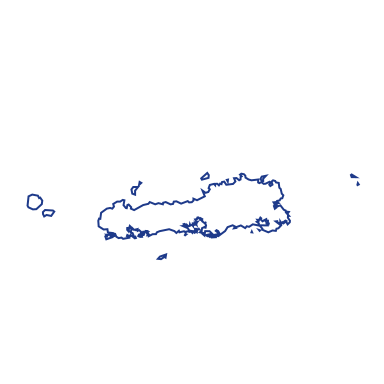 Simeulue, Aceh, Indonesia, rotated 136°
{"feature_id": "22746128B32199422560180", "entity_name": "Simeulue", "entity_type": "district", "adm_level": 2, "iso_a3": "IDN", "parent_name": "Indonesia", "parent_adm1": "Aceh", "projection": "natural_earth1", "projection_center": [96.15, 2.538], "detail": "fine", "context": "isolated", "style": "outline", "palette": "blue", "viewbox_px": 384, "rotation_deg": 136, "n_neighbors": 0, "source": "geoboundaries", "source_scale": "gbopen_adm2", "svg_char_len": 6174}
<svg xmlns="http://www.w3.org/2000/svg" viewBox="0 0 384 384"><g transform="rotate(136 192 192)"><path d="M145.7,102.3L142.7,102.3L141.5,103.3L140.9,106.9L139.6,108.1L138.8,107.4L138.6,112.3L137.5,113.6L138.3,115.5L137.7,121.0L142.2,123.0L142.3,122.2L144.0,122.4L142.8,125.0L141.9,124.9L142.3,126.0L141.1,124.7L140.5,127.9L139.2,126.9L139.5,126.0L137.0,126.5L134.8,125.1L132.7,125.7L131.4,124.8L128.6,126.2L128.6,128.4L126.1,132.6L126.2,134.4L123.3,138.3L124.9,140.5L124.5,142.1L125.6,144.1L127.6,144.2L129.0,141.4L131.5,141.9L131.3,143.6L129.3,144.1L129.2,145.5L133.4,146.9L134.8,148.1L135.2,150.9L137.4,151.6L137.8,152.9L135.7,155.0L141.1,159.1L142.6,161.7L143.5,165.2L142.3,166.7L142.3,168.7L143.8,170.9L145.4,171.1L145.4,168.8L146.5,169.1L148.4,167.3L149.9,167.7L150.3,171.1L152.2,172.7L153.5,169.4L156.9,169.3L162.3,173.4L161.6,177.1L163.5,178.3L165.3,177.2L165.9,178.5L168.0,178.1L168.1,180.3L169.7,181.8L170.6,180.9L170.6,182.6L174.3,184.7L177.4,183.2L177.3,181.6L180.3,180.7L182.8,182.0L183.5,185.7L185.8,180.0L194.1,182.6L195.6,186.2L196.9,184.8L199.2,184.8L201.3,186.5L201.4,188.4L207.9,191.2L209.7,196.1L211.8,197.7L213.9,196.6L216.0,198.0L217.9,203.0L220.2,204.3L221.5,203.4L223.9,207.3L227.0,208.7L229.4,214.1L231.6,213.8L236.1,216.5L246.2,219.2L247.5,222.5L246.3,223.3L246.3,227.0L247.5,227.5L250.2,225.7L250.7,226.4L250.4,230.1L246.4,233.0L247.3,234.4L250.4,235.0L252.5,237.1L257.0,238.1L258.3,235.7L260.9,235.4L262.0,237.4L264.8,239.2L271.8,240.2L276.6,236.4L277.3,237.4L279.4,236.4L283.0,232.1L281.6,226.4L278.7,224.0L280.6,221.3L278.3,218.5L279.1,218.0L278.4,216.7L276.6,217.5L277.7,216.1L276.4,215.2L277.5,212.4L276.8,209.8L274.4,208.2L274.1,206.2L268.9,202.7L268.4,203.7L269.4,205.5L268.4,206.0L267.6,203.6L266.2,203.7L266.8,203.1L266.0,203.1L265.3,198.4L264.3,197.9L263.8,199.2L264.9,199.6L263.3,203.7L264.2,205.4L263.4,206.4L265.0,207.6L264.9,209.8L263.6,211.1L262.8,210.5L263.8,208.7L260.3,210.8L260.2,208.3L260.9,208.7L262.0,206.6L260.0,207.3L260.0,205.0L257.3,203.4L258.3,203.1L257.6,202.5L258.1,201.8L256.5,201.3L256.3,198.5L257.7,197.9L255.9,196.0L255.1,196.2L255.9,197.3L254.7,197.4L253.7,196.1L254.0,195.7L252.5,196.3L251.5,195.2L252.6,195.0L251.5,193.8L252.4,193.8L252.5,191.0L253.5,190.2L249.6,189.0L247.2,186.7L245.3,187.4L242.5,186.3L234.3,181.1L231.8,176.1L231.7,173.4L228.4,173.2L229.0,171.7L225.0,169.3L224.7,167.1L223.8,167.6L220.9,165.7L221.5,165.1L220.1,163.8L220.1,162.3L218.7,162.8L218.4,160.8L217.7,160.8L218.4,161.6L218.2,162.3L216.7,161.4L216.5,159.7L215.7,160.3L216.5,162.2L218.1,162.5L220.7,166.1L220.2,169.0L222.2,173.9L221.1,173.1L220.4,174.7L219.5,174.2L219.2,170.7L218.5,171.4L218.5,170.0L217.2,169.2L216.0,170.1L216.4,169.1L214.8,168.4L214.9,166.9L212.7,169.6L213.6,167.1L212.4,166.5L212.7,165.4L211.5,167.3L211.5,165.6L211.1,166.3L210.7,165.4L210.6,168.0L210.2,166.7L208.7,166.8L209.5,167.8L208.8,170.1L207.4,169.1L206.3,170.0L207.0,168.5L205.7,169.8L205.2,169.5L204.8,166.4L204.0,167.1L203.6,165.9L205.2,166.0L204.2,164.6L205.0,163.9L204.6,161.0L202.6,160.3L204.3,160.8L205.0,158.3L207.8,156.4L206.5,157.9L209.9,159.0L212.0,157.4L214.3,157.5L213.6,156.3L212.5,157.0L213.4,155.3L212.5,154.7L213.5,154.1L213.3,152.0L209.7,154.7L206.6,151.6L206.5,148.1L210.4,150.4L210.0,148.8L209.2,148.9L209.0,148.5L210.4,148.6L210.4,147.8L208.5,148.4L208.7,147.3L207.9,147.7L207.7,146.3L207.3,146.6L202.3,143.5L201.5,144.6L201.9,147.5L200.9,147.5L200.3,145.7L201.2,142.4L204.6,143.3L203.8,142.0L195.3,140.9L190.8,142.0L185.9,139.8L184.6,136.0L180.1,134.0L178.8,129.1L176.4,129.3L175.1,127.3L170.7,126.5L167.4,121.7L165.7,123.0L166.1,125.5L164.6,124.9L164.3,126.6L163.2,125.3L160.6,126.1L160.5,125.0L161.7,124.7L161.6,121.9L159.3,121.4L159.3,119.7L158.3,120.5L158.8,121.3L157.5,120.9L158.4,119.8L157.3,118.6L158.7,117.2L160.7,118.4L158.7,116.0L159.5,115.5L160.1,116.4L160.8,115.4L166.6,121.2L166.9,116.6L167.7,116.2L165.1,110.0L160.8,108.4L158.7,105.8L156.7,106.9L155.1,105.9L151.2,106.1L152.2,112.7L151.0,111.8L151.8,110.7L150.0,108.2L149.0,109.3L149.5,107.0L148.1,107.3L148.0,105.9L146.0,105.6L146.4,106.5L145.6,106.1L145.1,107.5L145.3,106.1L144.5,106.2L144.3,105.5L145.8,105.4L144.9,105.0L145.7,102.3ZM315.9,287.8L308.5,287.6L305.7,289.8L305.1,293.4L306.2,293.8L305.4,296.4L308.7,301.1L312.6,302.4L319.8,296.4L320.3,294.6L318.5,290.0L315.9,287.8ZM312.6,276.5L309.9,272.6L304.7,273.6L304.9,275.3L310.2,281.1L313.2,281.1L314.5,279.6L315.3,277.1L312.6,276.5ZM176.3,194.0L170.3,190.7L168.2,192.5L167.8,195.1L175.9,195.4L176.3,194.0ZM233.8,235.9L236.1,232.3L234.8,229.6L232.0,232.5L227.3,233.1L230.8,236.4L233.8,235.9ZM286.5,217.5L281.1,215.0L281.2,216.9L279.2,218.0L280.5,217.6L281.2,218.8L280.5,219.4L281.8,219.1L283.0,220.4L282.9,219.6L283.6,219.3L283.4,220.4L285.2,220.3L286.5,217.5ZM260.9,165.2L256.9,164.5L256.6,163.2L254.0,165.1L259.9,167.8L262.9,167.6L260.9,165.2ZM133.8,153.8L134.1,150.8L133.2,150.4L131.6,152.1L127.5,152.3L131.1,154.6L133.8,153.8ZM259.8,195.1L259.1,194.5L258.4,195.8L256.9,194.8L256.1,196.0L259.7,198.1L260.5,197.0L261.6,198.4L260.9,196.6L259.3,197.3L259.0,195.8L259.8,195.1ZM65.9,93.8L66.8,91.8L63.7,88.7L65.0,93.7L65.9,93.8ZM225.1,233.9L222.2,233.8L222.7,235.6L225.1,233.9ZM209.6,145.8L206.3,143.0L205.5,144.9L205.1,144.5L204.9,144.7L205.4,145.2L206.7,144.6L209.6,147.1L209.6,145.8ZM66.5,83.2L68.0,82.3L68.1,82.0L66.8,81.6L66.5,83.2ZM139.1,125.0L137.4,123.9L137.5,125.4L139.1,125.0ZM280.3,215.5L278.8,214.5L278.4,215.3L279.6,216.1L280.3,215.5ZM226.3,166.2L227.8,165.7L225.8,165.5L226.3,166.2ZM216.3,162.1L214.6,162.1L214.3,162.3L215.5,163.5L216.3,162.1ZM157.5,175.9L158.5,176.5L159.0,174.7L157.5,175.9ZM136.9,111.3L137.2,110.2L136.2,110.4L136.9,111.3ZM187.0,136.7L186.0,136.0L186.2,136.9L187.0,136.7ZM140.9,123.3L139.5,122.8L140.9,123.8L140.9,123.3ZM211.0,148.9L210.8,149.7L211.7,150.4L211.6,149.5L211.0,148.9ZM212.7,160.7L213.4,160.6L212.8,160.0L212.7,160.7ZM176.5,122.0L177.2,121.7L176.8,121.2L176.5,122.0ZM205.0,144.5L204.4,143.9L203.9,143.8L205.0,144.5ZM253.7,194.0L252.8,192.9L252.5,193.4L253.7,194.0ZM170.2,118.1L170.3,117.1L169.7,117.1L170.2,118.1ZM254.0,191.5L253.1,192.0L254.2,191.7L254.0,191.5ZM254.1,196.1L254.2,195.4L253.7,196.1L254.1,196.1Z" fill="none" stroke="#1e3a8a" stroke-width="2"/></g></svg>